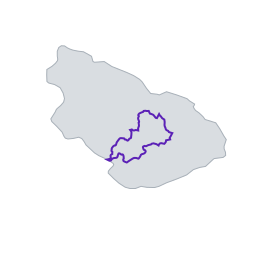 where Wangdi Phodrang sits in Bhutan, rotated 208°
{"feature_id": "BTN-2487", "entity_name": "Wangdi Phodrang", "entity_type": "District", "adm_level": 1, "iso_a3": "BTN", "parent_name": "Bhutan", "parent_adm1": "", "projection": "albers", "projection_center": [90.204, 27.588], "detail": "fine", "context": "in_parent", "style": "outline", "palette": "violet", "viewbox_px": 256, "rotation_deg": 208, "n_neighbors": 0, "source": "natural_earth", "source_scale": "10m", "svg_char_len": 4185}
<svg xmlns="http://www.w3.org/2000/svg" viewBox="0 0 256 256"><g transform="rotate(208 128 128)"><path d="M200.0,110.6L199.6,112.2L198.0,116.2L197.0,120.6L197.9,124.2L201.7,128.4L206.8,131.7L213.2,131.9L219.1,130.5L221.4,131.0L224.7,136.7L227.1,141.6L224.1,146.7L222.4,151.2L221.9,154.3L222.3,155.7L224.2,158.3L226.5,162.6L226.9,166.6L225.5,169.3L222.5,170.7L219.2,170.3L216.5,170.4L213.2,170.9L207.9,172.5L203.1,174.4L193.9,174.2L190.2,170.3L188.5,170.3L180.2,175.5L171.1,174.7L154.6,176.5L147.7,176.9L140.6,176.4L137.0,175.3L130.3,171.7L124.2,169.1L118.1,171.5L115.9,171.9L111.0,178.1L100.3,180.1L89.6,181.6L86.4,180.8L80.4,180.4L80.2,178.9L80.4,177.5L79.0,176.4L76.6,175.2L72.4,174.7L67.0,173.2L63.9,171.7L53.0,173.8L46.6,170.4L39.5,165.9L35.8,163.9L34.6,157.0L33.3,154.7L30.5,152.3L28.9,149.6L30.2,146.7L37.5,141.5L38.1,140.3L41.5,130.5L46.1,126.9L50.7,122.0L54.2,114.1L60.9,106.0L68.2,97.8L73.3,91.0L76.6,87.9L83.4,84.5L89.1,82.6L93.1,78.0L97.8,75.5L102.7,74.4L109.9,75.0L116.8,76.6L124.3,78.9L125.1,80.7L124.5,83.9L123.4,87.2L123.4,88.9L124.5,89.8L131.9,90.4L140.8,89.9L145.9,90.3L157.1,93.3L160.4,95.4L163.9,97.0L167.2,96.7L171.4,93.1L175.9,90.1L178.6,89.6L180.6,90.6L184.2,93.4L191.7,96.0L198.3,97.9L200.4,99.8L199.8,107.9L200.0,110.6Z" fill="#d9dde1" stroke="#a8b0b8" stroke-width="1"/><path d="M112.1,151.5L111.3,151.3L108.3,150.0L107.1,150.3L107.1,154.9L105.6,153.9L104.7,153.8L102.4,152.7L99.9,152.5L98.5,150.6L97.8,149.2L97.5,148.4L97.3,148.1L96.9,147.4L96.3,146.7L95.0,145.7L94.3,144.9L93.5,144.4L93.0,144.2L91.2,144.3L89.9,143.6L86.5,144.3L86.5,140.3L86.6,139.5L86.6,138.9L86.5,138.7L86.3,138.6L85.9,138.2L85.4,137.7L88.6,135.0L88.1,133.6L88.2,132.3L88.5,131.1L91.6,130.2L92.5,129.4L92.8,128.6L92.9,127.9L92.9,127.5L92.8,126.9L95.3,127.1L98.3,126.4L99.7,125.2L100.0,124.2L102.0,122.5L103.5,120.4L104.9,120.0L105.7,119.1L105.9,118.7L105.9,118.2L105.7,117.9L105.2,117.4L104.7,116.9L104.3,116.5L103.9,116.3L103.5,116.2L102.7,116.4L102.3,116.3L101.9,116.1L101.4,115.6L101.3,114.9L101.4,114.2L101.5,113.7L101.7,113.3L101.9,113.0L102.8,112.0L103.4,111.5L104.0,110.4L103.9,108.4L104.2,106.2L104.4,106.0L104.6,105.7L104.9,105.7L105.2,105.7L105.5,105.6L106.7,105.4L107.3,105.1L108.5,104.5L109.0,103.9L109.4,103.4L109.7,102.9L112.1,98.6L112.6,97.5L112.8,97.1L113.1,96.9L113.4,96.9L115.3,96.7L116.3,96.7L117.2,97.5L117.4,97.9L117.5,98.2L117.5,98.4L117.4,98.6L117.4,98.8L117.5,99.2L118.7,101.1L119.5,101.8L120.0,102.1L120.4,102.1L120.6,101.9L121.0,101.6L121.3,101.4L121.7,101.4L122.5,101.6L122.9,101.6L123.3,101.6L123.9,101.5L124.2,101.3L124.4,100.9L124.3,100.5L124.2,100.1L124.2,99.5L124.2,99.2L124.1,98.8L123.9,98.5L123.9,98.2L123.9,97.7L123.8,97.3L123.9,96.8L124.3,96.2L126.1,95.0L126.7,94.5L127.3,93.6L127.7,92.7L127.8,91.3L128.7,90.6L129.1,90.4L131.7,90.3L129.9,91.9L129.0,93.4L130.3,95.1L130.5,95.6L130.5,96.1L130.3,96.7L130.1,97.0L129.8,97.4L129.8,97.5L129.7,97.7L129.8,97.8L130.0,98.1L130.1,98.4L130.3,98.9L130.5,99.3L130.6,99.6L130.8,99.7L131.5,99.8L131.8,100.0L132.0,100.3L132.1,100.6L132.2,101.1L132.3,101.4L132.5,101.6L132.6,101.9L132.7,102.2L132.8,102.9L132.5,104.8L131.8,106.1L131.4,106.6L131.1,106.8L130.9,106.8L130.8,107.1L130.7,107.4L131.2,110.0L131.1,111.0L130.6,114.1L130.4,114.8L130.1,115.3L129.4,115.8L126.8,116.9L126.5,117.0L126.2,116.9L125.6,116.4L125.3,116.4L124.9,116.5L124.5,116.7L124.0,116.8L123.7,116.8L123.3,116.7L123.0,116.6L122.8,116.6L122.6,116.6L122.4,116.7L122.2,117.1L122.0,117.3L121.9,117.8L121.8,119.0L121.6,119.4L120.8,120.4L120.8,120.9L120.9,121.3L121.2,121.8L121.3,122.1L121.4,122.4L121.4,122.6L121.7,123.1L121.8,123.5L122.8,125.6L123.4,126.4L125.2,127.3L124.5,127.9L124.3,128.1L124.1,128.4L123.9,128.5L123.7,128.5L123.4,128.3L123.1,128.3L122.6,128.3L121.8,128.5L121.3,128.8L120.3,129.8L119.9,130.0L117.8,130.6L118.9,132.4L119.0,132.9L119.3,135.0L120.3,136.6L121.1,137.6L121.0,137.8L121.0,138.1L121.0,138.3L121.1,138.6L121.3,139.0L123.1,140.6L123.5,141.1L123.8,141.7L124.0,143.6L125.0,144.2L125.1,145.1L124.8,146.2L123.6,147.8L122.8,148.7L122.2,149.4L122.2,150.4L120.7,151.4L119.4,151.8L117.7,152.8L117.1,152.2L116.5,151.9L115.6,151.1L115.4,151.0L115.1,151.0L114.2,151.3L112.1,151.5Z" fill="none" stroke="#5b21b6" stroke-width="2"/></g></svg>